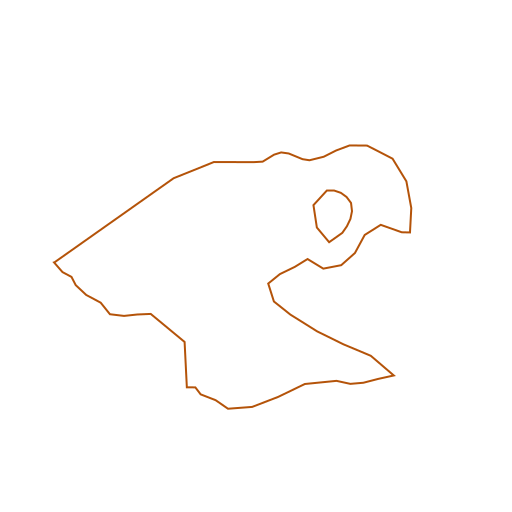 the border of Gədəbəy, rotated 117°
{"feature_id": "AZE-1678", "entity_name": "Gədəbəy", "entity_type": "District", "adm_level": 1, "iso_a3": "AZE", "parent_name": "Azerbaijan", "parent_adm1": "", "projection": "robinson", "projection_center": [45.628, 40.56], "detail": "fine", "context": "isolated", "style": "outline", "palette": "amber", "viewbox_px": 512, "rotation_deg": 117, "n_neighbors": 0, "source": "natural_earth", "source_scale": "10m", "svg_char_len": 1029}
<svg xmlns="http://www.w3.org/2000/svg" viewBox="0 0 512 512"><g transform="rotate(117 256 256)"><path d="M107.2,194.7L107.3,178.5L121.2,155.9L142.8,139.4L165.1,129.5L168.7,136.9L171.6,159.0L187.9,168.7L208.4,169.2L225.5,175.9L236.7,190.3L235.3,208.7L248.1,216.5L261.3,226.5L275.0,232.6L288.4,219.4L292.6,198.8L295.4,167.3L295.0,138.0L292.8,108.4L299.9,79.0L310.1,91.4L320.2,102.8L327.1,113.9L330.7,127.6L347.9,154.4L371.5,172.3L392.2,190.9L404.8,211.6L402.8,226.5L404.4,242.5L400.6,250.4L404.4,258.0L365.0,280.6L355.4,323.5L362.0,335.2L369.3,346.4L374.2,359.7L368.1,373.2L367.8,389.6L363.8,403.4L358.4,410.9L358.2,421.1L353.4,433.0L353.0,432.6L224.1,364.7L191.4,336.2L173.5,300.8L168.9,292.9L157.5,285.9L152.3,280.6L149.8,273.4L148.6,258.5L146.4,251.8L136.8,240.7L125.6,232.5L115.0,222.8L107.2,207.2L107.2,194.7ZM184.6,227.9L203.0,214.7L210.5,197.1L196.2,189.6L188.2,188.5L180.1,188.7L172.5,190.8L165.6,195.4L162.3,202.1L161.2,209.1L162.2,216.1L165.5,222.6L184.6,227.9Z" fill="none" stroke="#b45309" stroke-width="2"/></g></svg>